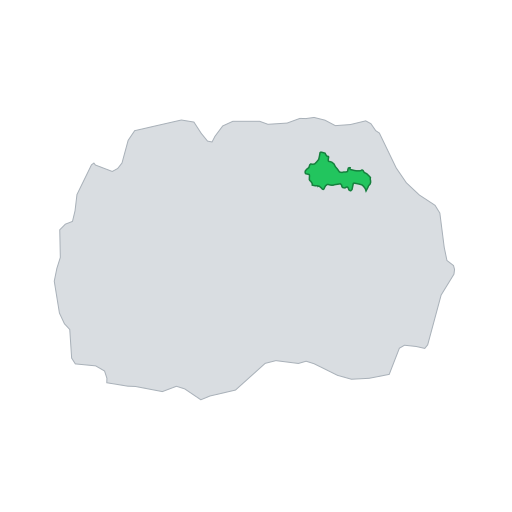 location of Kratovo within North Macedonia, rotated 12°
{"feature_id": "MKD-2940", "entity_name": "Kratovo", "entity_type": "Statistical Region", "adm_level": 1, "iso_a3": "MKD", "parent_name": "North Macedonia", "parent_adm1": "", "projection": "albers", "projection_center": [22.124, 42.077], "detail": "fine", "context": "in_parent", "style": "filled", "palette": "green", "viewbox_px": 512, "rotation_deg": 12, "n_neighbors": 0, "source": "natural_earth", "source_scale": "10m", "svg_char_len": 2664}
<svg xmlns="http://www.w3.org/2000/svg" viewBox="0 0 512 512"><g transform="rotate(12 256 256)"><path d="M231.7,123.5L240.3,124.7L258.8,119.5L270.3,112.3L276.2,111.2L284.0,108.4L295.2,108.8L306.5,112.0L321.0,107.8L335.2,101.0L340.9,102.7L347.0,108.5L351.1,110.1L374.8,140.7L387.8,153.1L403.1,162.4L420.6,169.2L426.9,175.8L438.3,208.4L443.7,220.7L451.2,224.3L453.0,227.9L453.4,232.6L445.2,255.7L442.4,307.2L440.3,311.3L431.5,311.2L419.8,312.4L415.4,316.4L410.9,344.1L392.1,352.1L375.0,356.7L360.6,355.8L335.2,349.3L326.9,348.5L319.8,352.3L297.2,354.2L287.3,359.1L263.8,391.4L240.1,402.5L231.9,408.1L213.9,400.8L205.2,400.0L192.6,408.1L165.1,408.7L157.6,410.0L136.4,411.0L135.6,406.6L131.8,400.0L122.0,396.8L101.7,399.1L96.9,394.2L89.1,366.6L82.7,362.1L75.6,352.7L63.9,322.6L63.8,309.5L64.9,298.1L58.6,271.2L62.9,264.5L69.3,260.3L69.6,249.5L68.1,233.1L76.1,201.1L78.1,198.8L80.0,200.4L97.8,203.2L102.5,199.2L105.6,192.9L106.9,169.4L111.3,158.6L154.7,138.5L167.4,137.9L177.0,147.5L184.7,153.7L189.3,153.6L191.0,147.4L196.4,135.7L205.3,129.1L231.5,123.5L231.7,123.5Z" fill="#d9dde1" stroke="#a8b0b8" stroke-width="1"/><path d="M350.1,169.5L348.9,167.4L346.6,165.4L344.8,164.4L342.0,164.2L339.5,164.2L337.7,164.3L336.7,164.3L336.1,164.8L336.1,168.3L336.1,171.0L335.1,172.5L334.4,172.5L333.1,172.0L332.3,170.6L331.5,169.7L330.7,169.6L329.9,169.9L329.2,170.7L328.3,171.0L326.5,171.0L325.7,170.4L325.0,168.9L323.5,167.8L321.8,168.5L318.1,169.9L316.7,170.7L314.7,171.1L312.8,171.1L311.5,171.0L310.6,171.4L309.5,172.8L308.9,174.5L308.6,176.0L308.2,176.8L307.5,176.9L306.9,176.7L305.8,175.9L304.3,175.1L303.4,174.6L302.8,174.6L302.3,174.9L302.3,174.7L301.4,174.5L300.2,174.8L299.2,175.0L298.3,175.0L297.1,175.0L296.3,175.0L295.9,173.4L294.1,171.6L293.0,171.0L292.3,170.2L291.9,168.1L291.7,166.5L291.2,165.3L289.8,165.2L288.5,165.2L287.3,165.1L286.7,164.1L286.5,162.7L287.5,160.7L289.3,158.5L289.7,155.5L290.3,154.8L290.4,154.6L292.4,154.5L294.2,153.8L295.7,151.5L297.2,148.6L297.3,146.4L297.3,145.0L297.2,142.6L297.2,141.5L297.9,140.9L299.5,140.9L301.2,141.0L302.2,141.1L303.2,142.4L304.6,143.6L306.1,143.6L306.5,144.1L306.5,145.0L306.7,147.4L307.3,148.3L309.1,148.3L310.7,148.5L313.2,149.8L315.0,152.1L317.5,154.0L319.1,155.5L320.2,156.5L321.5,156.5L322.8,156.4L324.3,155.6L326.3,155.2L327.7,154.5L328.0,153.9L327.9,152.4L328.1,150.7L329.3,150.1L329.7,150.1L329.6,150.8L330.4,151.8L332.0,151.8L334.3,151.9L336.6,151.8L339.5,151.2L340.8,150.7L341.8,149.8L342.9,150.1L344.5,151.8L347.2,152.5L349.6,154.0L351.6,155.4L351.6,155.8L351.8,157.2L352.5,158.8L352.8,160.3L352.6,162.0L351.5,163.9L351.1,166.0L350.1,169.5Z" fill="#22c55e" stroke="#15803d" stroke-width="1.5"/></g></svg>